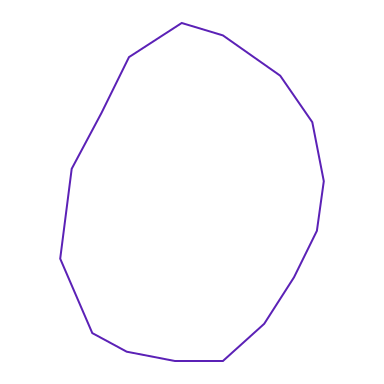 Tshumbe, Kasaï-Oriental, Democratic Republic of the Congo
{"feature_id": "63176286B80144027802447", "entity_name": "Tshumbe", "entity_type": "district", "adm_level": 2, "iso_a3": "COD", "parent_name": "Democratic Republic of the Congo", "parent_adm1": "Kasaï-Oriental", "projection": "equal_earth", "projection_center": [22.697, -4.045], "detail": "fine", "context": "isolated", "style": "outline", "palette": "violet", "viewbox_px": 384, "rotation_deg": 0, "n_neighbors": 0, "source": "geoboundaries", "source_scale": "gbopen_adm2", "svg_char_len": 324}
<svg xmlns="http://www.w3.org/2000/svg" viewBox="0 0 384 384"><path d="M126.7,351.7L174.8,361.0L222.9,361.0L264.2,323.8L294.0,277.3L316.9,230.8L323.8,181.2L312.3,122.2L280.2,75.7L222.9,35.4L181.7,23.0L129.0,57.1L101.5,112.9L71.7,168.8L60.2,258.7L92.3,333.1L126.7,351.7Z" fill="none" stroke="#5b21b6" stroke-width="2"/></svg>